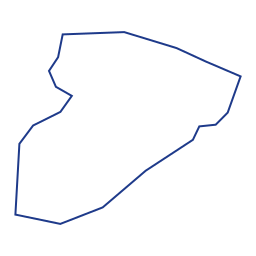 the County of Budaka
{"feature_id": "UGA-5594", "entity_name": "Budaka", "entity_type": "County", "adm_level": 1, "iso_a3": "UGA", "parent_name": "Uganda", "parent_adm1": "", "projection": "orthographic", "projection_center": [33.979, 1.049], "detail": "fine", "context": "isolated", "style": "outline", "palette": "blue", "viewbox_px": 256, "rotation_deg": 0, "n_neighbors": 0, "source": "natural_earth", "source_scale": "10m", "svg_char_len": 359}
<svg xmlns="http://www.w3.org/2000/svg" viewBox="0 0 256 256"><path d="M240.6,76.4L227.7,112.6L215.7,124.7L199.3,126.4L192.9,139.8L145.7,170.7L102.7,207.4L60.3,223.9L15.4,214.6L19.4,143.8L33.1,125.5L60.4,111.9L71.8,95.9L55.9,86.8L49.0,70.9L58.1,57.2L62.7,34.4L124.2,32.1L176.6,48.1L206.2,61.7L240.6,76.4Z" fill="none" stroke="#1e3a8a" stroke-width="2"/></svg>